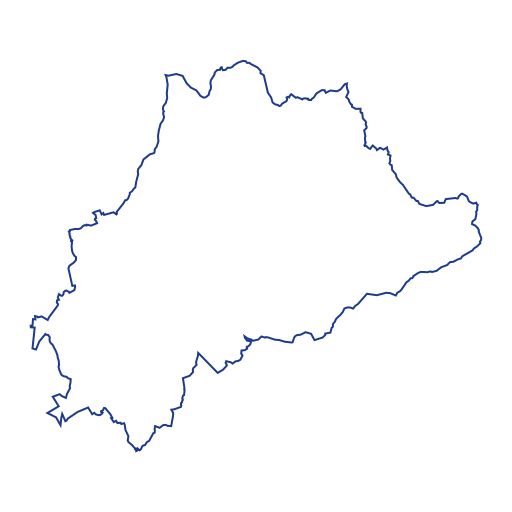 outline of Dobresti, Bihor, Romania
{"feature_id": "2599482B7847015753026", "entity_name": "Dobresti", "entity_type": "district", "adm_level": 2, "iso_a3": "ROU", "parent_name": "Romania", "parent_adm1": "Bihor", "projection": "orthographic", "projection_center": [22.295, 46.866], "detail": "fine", "context": "isolated", "style": "outline", "palette": "blue", "viewbox_px": 512, "rotation_deg": 0, "n_neighbors": 0, "source": "geoboundaries", "source_scale": "gbopen_adm2", "svg_char_len": 5936}
<svg xmlns="http://www.w3.org/2000/svg" viewBox="0 0 512 512"><path d="M325.2,335.1L325.2,333.6L330.4,332.6L331.7,327.8L332.9,326.8L332.9,324.4L333.4,323.3L334.7,322.0L336.1,318.9L340.5,314.8L342.9,311.8L344.4,308.5L347.5,307.4L350.7,307.6L353.1,308.6L355.1,306.0L358.0,304.0L366.9,293.8L376.9,295.2L386.1,292.8L390.0,293.1L395.8,295.5L397.3,292.8L400.4,290.9L401.9,289.0L406.6,282.1L408.7,280.7L410.5,278.4L412.2,278.2L413.5,276.6L413.4,276.0L418.4,272.8L420.9,271.9L427.5,272.2L430.4,271.4L431.9,272.0L436.5,270.9L441.3,267.2L447.2,265.0L450.0,262.1L453.2,261.8L458.0,259.3L460.8,258.5L462.4,256.2L472.5,250.4L473.9,248.5L477.2,246.3L480.4,243.1L479.9,241.7L481.0,240.1L481.3,238.1L478.8,231.8L478.8,230.0L477.8,228.2L475.2,225.5L472.1,224.2L472.2,222.2L472.7,221.2L475.2,219.3L475.6,218.1L476.4,214.0L476.1,211.8L477.2,210.2L477.2,206.7L477.8,205.0L476.7,204.1L476.2,202.7L473.2,203.6L469.9,202.0L468.8,201.0L467.0,196.5L462.3,193.7L461.2,193.9L458.6,196.5L458.1,198.2L457.3,198.6L455.4,198.0L445.8,199.1L444.2,202.8L439.8,203.0L439.0,202.8L437.6,201.1L436.8,201.2L433.0,204.9L426.2,206.1L419.4,203.9L417.8,201.0L416.4,201.0L413.6,197.7L411.7,197.6L410.2,194.4L408.9,193.7L402.9,184.9L399.9,182.0L396.6,177.5L395.8,174.2L392.2,170.0L391.7,165.2L390.1,164.4L389.4,163.3L390.3,161.0L390.0,158.6L390.5,155.5L387.9,154.5L388.7,152.2L387.5,150.5L387.0,147.5L383.5,149.6L380.0,147.8L377.0,150.1L376.1,148.4L372.7,145.5L370.1,148.9L368.4,148.0L366.1,145.8L364.8,146.0L364.4,145.2L365.8,142.4L365.2,141.7L364.9,137.9L365.4,136.2L364.2,130.3L366.5,128.1L366.7,127.0L365.6,124.4L366.1,122.6L365.7,121.5L362.9,118.4L362.2,112.9L360.9,112.7L360.5,111.9L360.5,108.7L355.8,108.9L352.0,106.8L351.9,104.6L350.8,104.1L349.3,101.7L348.7,99.5L346.2,97.0L348.5,92.0L347.5,89.8L346.7,86.2L346.9,83.5L344.7,84.3L340.5,89.5L336.9,91.3L330.5,90.5L325.8,92.8L324.5,90.2L321.9,90.1L316.5,93.4L313.8,97.5L311.8,98.9L311.2,100.0L308.9,100.0L307.8,99.3L308.0,98.7L304.9,98.3L303.1,98.6L302.4,99.4L297.4,97.2L295.9,97.8L291.2,94.2L290.2,95.2L289.1,97.4L288.0,96.8L286.6,97.4L287.2,99.5L286.5,101.1L282.2,103.6L280.7,105.7L279.1,106.0L277.8,104.9L275.4,104.5L272.6,102.5L271.1,97.4L267.9,92.7L263.8,75.2L260.5,73.2L260.7,70.8L257.6,67.5L250.6,63.9L249.4,62.8L247.1,62.9L245.7,61.2L242.9,60.9L237.9,62.7L233.8,65.3L232.4,66.9L230.3,67.8L227.5,67.7L225.7,69.8L222.9,70.2L221.8,68.4L221.8,67.3L221.3,67.2L220.5,68.0L220.0,69.8L217.2,70.0L215.1,72.2L214.5,73.4L214.5,74.5L210.8,80.3L210.4,83.3L211.0,86.3L210.7,89.4L209.7,90.8L208.6,95.0L205.8,97.2L203.8,97.7L200.5,95.9L196.5,90.5L190.9,87.6L186.7,83.4L182.6,75.9L176.3,74.0L168.4,75.7L165.6,75.1L166.4,77.0L167.7,84.7L166.8,93.2L167.2,98.1L165.8,102.9L163.6,105.8L163.0,107.7L162.9,109.3L163.9,111.5L163.3,111.9L163.2,114.0L164.1,117.0L163.0,120.4L160.6,123.7L158.8,130.5L158.0,136.0L158.4,141.5L156.5,147.0L154.8,149.2L154.5,152.2L154.0,153.1L149.9,154.3L143.5,159.4L141.3,165.2L138.2,169.0L137.8,171.3L138.2,174.2L136.2,181.8L135.3,187.5L133.8,188.7L132.2,191.1L129.8,192.8L129.8,194.2L128.1,198.5L126.5,200.2L125.2,200.2L123.4,203.4L116.8,211.8L116.4,212.6L117.0,213.6L116.4,214.4L113.5,212.3L104.1,214.9L103.3,213.0L101.6,214.4L99.7,210.3L94.3,212.1L93.0,212.9L95.6,215.0L96.2,218.1L95.0,218.8L94.8,219.7L96.0,220.8L97.1,223.2L91.1,225.6L86.7,224.7L86.4,225.5L84.8,225.1L83.0,226.0L80.8,228.3L78.4,229.1L75.5,228.9L70.0,230.0L69.8,231.3L68.9,231.5L69.7,233.6L69.4,234.1L69.9,236.4L70.3,236.5L70.4,238.4L71.9,240.0L71.2,240.1L71.0,241.2L72.0,241.6L71.6,246.7L72.1,250.9L72.9,253.3L74.5,255.9L76.0,257.0L76.0,260.0L74.0,262.4L69.4,265.8L68.4,268.2L72.3,285.9L74.9,285.4L75.2,286.6L74.4,290.1L69.4,292.8L68.8,291.8L66.4,290.5L65.4,290.7L63.8,292.0L63.3,294.5L62.3,295.7L61.0,295.7L59.0,294.1L57.8,297.4L58.9,299.8L57.1,300.3L56.8,302.5L58.0,304.0L57.8,305.4L49.2,317.0L47.7,320.0L41.6,316.4L38.0,317.4L37.4,316.7L35.1,316.1L35.4,319.4L33.0,319.1L32.5,325.7L30.7,325.7L30.8,327.3L34.7,327.6L32.5,348.4L36.0,349.5L39.2,341.6L45.4,334.0L46.3,334.8L48.1,334.9L49.8,337.4L49.5,339.6L49.9,341.8L51.3,343.8L52.3,344.3L55.7,350.7L57.4,355.2L57.7,357.6L58.7,360.5L59.1,365.0L58.5,366.6L59.3,369.9L61.3,374.6L63.3,376.1L66.5,376.8L68.3,378.4L70.7,379.1L70.5,382.5L69.7,386.0L70.0,388.3L67.0,393.9L65.9,397.9L61.7,396.0L59.7,394.2L52.8,396.7L58.7,406.3L47.4,413.0L56.1,417.4L60.5,425.2L61.3,417.8L62.2,413.9L65.4,421.2L66.5,420.7L67.8,418.6L77.5,412.0L88.1,407.5L92.2,414.2L94.2,412.8L96.0,414.5L98.7,415.2L100.1,415.0L102.0,413.7L102.6,412.7L101.0,411.8L101.1,411.1L102.9,410.4L104.0,408.0L105.2,408.1L110.2,414.0L112.3,417.8L111.1,418.1L113.8,422.1L116.1,420.8L117.5,423.1L120.6,422.7L121.3,424.0L124.0,423.2L124.7,424.6L125.5,430.1L128.4,436.2L127.7,440.4L128.4,442.0L132.1,445.1L134.9,448.4L135.6,448.5L135.1,449.3L136.0,450.0L136.2,451.1L137.8,450.2L137.1,448.6L137.4,448.3L139.7,450.3L141.0,449.1L142.1,446.5L143.2,445.5L145.0,445.1L146.8,442.2L149.2,440.8L153.3,433.2L154.6,432.7L154.9,430.6L154.6,429.2L155.1,426.1L159.6,427.8L163.2,425.1L165.9,424.9L167.4,425.8L171.2,426.1L173.1,415.5L173.1,412.9L171.4,409.7L174.2,409.3L180.9,406.9L181.3,405.3L180.9,404.3L181.0,403.2L181.9,402.5L182.0,401.3L182.7,400.3L182.8,399.3L182.2,398.7L183.0,395.6L184.1,395.0L184.6,389.8L184.2,389.5L184.4,387.6L182.9,378.2L189.6,375.8L193.1,372.0L192.8,369.8L193.1,368.4L196.6,364.8L196.0,362.3L197.8,356.3L198.2,352.9L217.7,372.9L223.0,369.7L226.8,365.6L226.6,364.4L225.6,362.9L226.2,361.2L230.9,362.3L232.6,363.6L235.4,361.4L238.3,360.9L240.4,359.7L242.5,355.6L241.2,353.6L241.5,350.5L244.7,350.2L247.1,348.7L246.8,346.8L248.4,346.2L250.0,344.7L250.9,342.6L250.9,341.7L250.3,341.1L247.1,340.7L245.0,337.9L244.6,336.3L247.4,338.4L251.4,339.6L252.9,340.8L258.4,339.5L261.4,336.5L265.2,337.6L265.9,337.1L268.4,337.5L275.0,339.7L279.0,340.0L284.7,341.7L291.7,342.5L292.6,342.3L294.2,337.5L295.4,336.0L296.9,335.1L300.6,334.7L305.6,332.2L311.1,333.8L314.5,340.1L322.5,337.6L325.2,335.1Z" fill="none" stroke="#1e3a8a" stroke-width="2"/></svg>